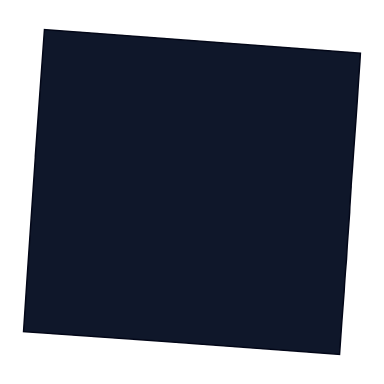 the district of Trumbull, Ohio, United States of America, rotated 4°
{"feature_id": "52423323B93296857747121", "entity_name": "Trumbull", "entity_type": "district", "adm_level": 2, "iso_a3": "USA", "parent_name": "United States of America", "parent_adm1": "Ohio", "projection": "natural_earth1", "projection_center": [-80.618, 41.318], "detail": "fine", "context": "isolated", "style": "filled", "palette": "ink", "viewbox_px": 384, "rotation_deg": 4, "n_neighbors": 0, "source": "geoboundaries", "source_scale": "gbopen_adm2", "svg_char_len": 599}
<svg xmlns="http://www.w3.org/2000/svg" viewBox="0 0 384 384"><g transform="rotate(4 192 192)"><path d="M33.7,343.0L173.2,343.0L350.5,343.7L350.5,333.7L350.5,312.5L350.7,281.2L350.6,272.8L350.6,262.0L350.8,248.5L350.6,235.1L350.6,232.6L350.7,201.9L350.5,196.2L350.4,178.8L350.4,176.8L350.4,175.8L350.3,174.3L350.3,173.8L350.3,173.4L350.3,172.9L350.4,156.2L350.4,147.1L350.4,141.4L350.5,110.5L350.5,104.3L350.5,94.9L350.5,90.5L350.4,72.5L350.4,50.8L350.3,41.8L33.5,40.3L33.2,167.0L33.3,167.0L33.4,229.6L33.5,286.7L33.5,288.0L33.7,343.0Z" fill="#0f172a" stroke="#020617" stroke-width="1.5"/></g></svg>